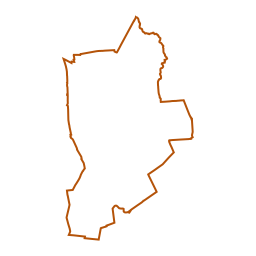 the district of Woerden, Utrecht, Netherlands, rotated 88°
{"feature_id": "6326949B31284337672532", "entity_name": "Woerden", "entity_type": "district", "adm_level": 2, "iso_a3": "NLD", "parent_name": "Netherlands", "parent_adm1": "Utrecht", "projection": "natural_earth1", "projection_center": [4.901, 52.114], "detail": "fine", "context": "isolated", "style": "outline", "palette": "amber", "viewbox_px": 256, "rotation_deg": 88, "n_neighbors": 0, "source": "geoboundaries", "source_scale": "gbopen_adm2", "svg_char_len": 5224}
<svg xmlns="http://www.w3.org/2000/svg" viewBox="0 0 256 256"><g transform="rotate(88 128 128)"><path d="M232.8,190.9L233.4,185.8L234.7,177.0L235.0,174.8L236.6,175.2L237.6,168.0L238.5,161.2L227.3,158.7L227.2,158.5L227.0,158.4L226.9,158.2L226.9,157.6L226.6,156.8L226.6,156.6L226.1,155.0L226.0,154.3L225.5,152.8L224.8,152.9L224.3,151.4L224.3,151.2L222.2,144.9L208.0,146.2L206.3,144.8L205.5,144.1L205.3,143.7L205.2,143.4L205.2,143.1L205.2,142.7L205.2,142.4L205.3,142.1L205.5,141.9L206.3,141.0L207.6,139.9L207.8,139.7L208.1,138.8L208.3,137.6L208.3,136.2L208.4,135.7L208.5,135.5L208.7,135.2L208.9,135.2L209.5,135.2L210.7,135.2L211.2,135.2L211.5,135.0L211.7,134.9L211.9,134.6L212.1,134.3L212.3,133.8L212.3,132.9L212.3,132.0L212.0,131.0L212.0,130.6L212.1,130.4L212.7,129.8L212.7,129.7L210.9,128.4L210.9,128.5L210.7,128.9L210.5,128.6L209.9,127.9L205.7,121.4L202.8,116.8L202.2,116.1L201.8,115.6L201.5,115.3L201.2,115.1L201.2,114.9L201.2,114.7L192.8,101.6L191.4,102.2L177.1,108.6L175.7,109.2L175.1,109.4L175.0,109.2L174.3,108.2L170.7,102.5L168.7,99.5L165.5,94.6L159.2,88.5L158.6,87.9L155.9,85.1L154.0,83.1L148.8,85.1L146.3,86.2L145.9,86.4L145.6,86.4L145.2,86.6L143.9,87.1L143.3,87.3L143.1,87.1L142.2,87.4L141.7,87.1L141.7,86.6L141.7,85.4L141.6,84.6L141.5,80.4L141.4,77.0L141.2,68.0L141.1,66.9L141.1,66.0L141.1,65.7L141.0,65.3L140.5,65.4L139.5,63.7L138.3,64.2L137.6,64.3L136.9,64.2L134.7,63.6L134.1,63.5L133.3,63.5L123.0,63.8L121.4,63.8L121.5,64.1L120.7,64.3L120.8,64.4L120.4,64.5L119.5,65.0L116.6,66.3L112.4,67.8L102.2,71.4L102.3,72.9L102.3,73.7L102.3,74.9L102.4,75.3L102.5,77.6L102.6,78.8L102.6,82.8L102.7,84.1L102.8,85.0L103.0,89.8L103.1,94.3L101.6,94.4L100.9,94.3L99.8,94.3L98.8,95.2L98.6,95.1L96.5,95.5L95.3,95.9L94.2,96.1L93.1,96.2L88.7,96.4L87.3,96.4L86.6,96.5L83.1,96.5L82.7,96.4L82.4,96.2L81.6,96.0L81.1,95.5L80.9,95.5L80.5,95.1L80.4,95.1L80.2,94.9L80.1,94.1L79.9,93.6L79.5,93.4L79.2,93.2L78.6,93.2L77.2,93.3L77.0,93.5L76.4,93.6L76.3,93.8L75.6,94.1L75.1,94.2L74.8,94.1L74.4,93.8L74.2,93.6L73.8,93.4L73.1,93.4L72.0,93.6L70.9,93.6L70.3,93.5L69.9,93.4L69.6,93.0L69.4,92.8L69.2,91.8L69.1,91.6L68.7,91.3L68.3,90.9L67.6,90.7L67.4,90.7L67.0,90.8L66.1,91.2L65.4,91.7L65.2,92.0L64.8,91.9L64.7,91.9L64.4,91.6L64.4,91.0L64.2,90.4L63.9,89.0L62.7,89.1L62.6,88.8L61.2,89.0L61.2,88.2L61.0,87.9L60.3,86.8L60.1,86.5L59.9,86.5L59.7,86.6L59.4,86.8L59.0,86.9L59.0,87.0L58.9,87.1L57.8,87.9L57.1,88.4L56.8,88.5L56.4,88.5L56.1,88.5L55.2,88.9L54.4,89.5L53.3,89.9L52.8,89.9L52.0,89.9L51.6,89.9L50.4,89.9L50.1,89.8L49.1,90.1L48.4,90.2L48.2,90.2L47.5,89.8L47.2,89.8L46.7,90.1L46.5,90.4L46.0,90.8L45.3,91.2L44.5,91.7L44.4,91.8L44.0,92.3L43.8,92.8L43.6,93.2L43.4,93.5L43.1,93.6L42.6,93.6L42.4,93.5L41.8,93.3L41.2,92.8L40.4,92.6L39.7,92.5L39.4,92.5L38.3,93.7L38.0,94.0L37.7,94.1L36.9,94.4L36.8,94.5L36.6,94.8L36.4,94.7L36.1,94.9L36.0,95.2L35.9,95.2L35.7,95.5L35.2,95.9L34.9,96.4L34.8,96.6L35.0,97.3L35.1,97.6L35.2,98.1L35.1,98.3L34.9,98.5L34.1,98.9L33.9,99.0L33.7,99.1L33.6,99.4L33.6,99.7L34.1,100.4L34.1,100.8L34.2,101.5L34.4,102.0L34.4,102.4L34.7,102.9L34.8,103.1L35.0,103.6L34.9,103.8L34.7,103.9L34.5,104.0L34.4,104.2L34.5,104.9L34.4,105.1L34.1,105.6L34.1,105.8L34.0,106.0L33.9,106.3L33.9,106.6L34.2,107.2L34.2,107.4L34.2,107.5L33.9,107.9L33.7,107.9L33.6,108.0L33.4,108.2L33.1,108.3L32.7,109.0L32.5,109.5L31.8,110.0L31.3,110.2L30.2,110.4L30.2,110.5L30.3,110.5L30.1,110.6L29.8,110.6L29.4,110.8L29.2,111.1L29.1,111.5L29.0,112.0L28.7,112.4L28.5,112.6L28.3,112.6L27.9,112.9L27.0,112.9L26.4,112.8L26.2,112.7L25.9,112.7L25.0,112.5L25.0,112.4L24.1,112.3L23.7,112.6L23.4,112.6L23.2,112.7L23.2,112.8L22.7,113.2L22.4,113.1L21.7,113.5L21.1,113.6L19.9,113.8L19.4,113.9L19.0,114.1L18.7,114.3L17.9,115.1L17.7,115.5L17.7,115.9L17.6,116.2L17.5,116.3L17.9,116.4L18.6,116.7L21.0,118.1L20.9,118.2L21.2,118.4L33.3,125.5L44.4,132.0L47.6,133.8L48.6,134.4L51.8,136.3L52.0,136.4L52.1,136.5L52.1,136.8L51.7,137.7L51.1,138.8L49.7,139.0L49.9,148.9L50.0,150.3L50.0,154.0L50.0,154.7L50.2,157.0L50.3,157.7L52.4,172.2L52.4,172.8L52.8,172.9L53.3,173.1L53.0,179.6L53.3,179.7L54.2,179.6L56.0,179.3L57.6,179.2L57.8,180.0L58.7,179.8L60.1,179.4L60.1,179.5L60.0,179.8L59.7,182.0L61.1,182.2L58.1,187.4L57.7,188.1L56.7,190.0L61.2,188.7L64.3,187.9L67.1,187.4L69.6,187.1L73.4,187.1L74.0,187.0L74.3,187.0L76.5,187.0L78.5,187.0L80.5,187.1L80.6,187.3L81.2,187.1L81.3,187.2L82.6,187.4L83.9,187.4L85.2,187.1L90.4,187.1L91.1,187.2L92.2,187.7L92.4,187.7L92.1,187.1L94.0,187.1L98.3,187.3L101.2,187.3L101.8,187.5L103.1,188.2L103.9,187.3L107.1,187.2L116.1,187.3L118.1,187.3L122.3,186.8L123.0,186.6L125.6,186.3L131.2,185.3L131.7,185.4L132.7,185.0L133.0,185.8L133.6,185.5L134.6,185.5L134.8,185.8L136.1,185.2L136.8,184.2L137.2,183.8L137.8,183.4L138.5,183.1L142.1,181.6L146.2,179.9L147.9,179.5L148.0,179.6L155.1,175.7L157.1,175.4L157.4,175.7L161.5,173.5L164.2,173.0L167.0,172.6L167.8,173.4L169.5,174.5L169.6,174.8L169.8,174.9L171.7,176.0L173.0,176.7L174.8,177.4L176.5,178.2L178.3,179.3L181.6,181.5L183.1,182.6L188.0,185.4L188.2,188.5L188.3,189.9L188.4,191.2L191.9,190.9L192.9,190.8L193.5,190.6L194.7,190.4L202.7,189.1L204.7,189.6L215.2,192.5L215.6,192.5L219.0,191.7L221.7,191.1L226.5,189.8L229.0,189.4L229.3,189.4L229.5,189.4L230.9,190.0L232.8,190.9Z" fill="none" stroke="#b45309" stroke-width="2"/></g></svg>